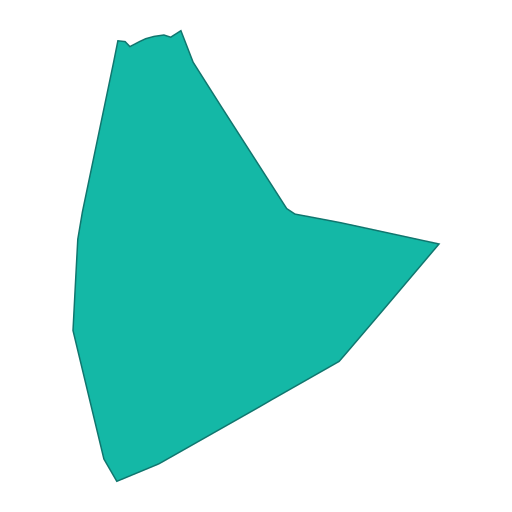 outline of São Pedro, Rio Grande do Norte, Brazil
{"feature_id": "56859067B47368884593899", "entity_name": "São Pedro", "entity_type": "district", "adm_level": 2, "iso_a3": "BRA", "parent_name": "Brazil", "parent_adm1": "Rio Grande do Norte", "projection": "orthographic", "projection_center": [-35.632, -5.887], "detail": "fine", "context": "isolated", "style": "filled", "palette": "teal", "viewbox_px": 512, "rotation_deg": 0, "n_neighbors": 0, "source": "geoboundaries", "source_scale": "gbopen_adm2", "svg_char_len": 465}
<svg xmlns="http://www.w3.org/2000/svg" viewBox="0 0 512 512"><path d="M339.1,361.4L344.5,355.2L383.6,309.4L439.0,244.0L340.6,222.7L295.0,214.1L286.7,208.6L220.8,105.9L193.1,62.2L180.9,30.7L170.7,37.2L163.9,35.0L154.1,36.4L145.7,38.7L139.7,41.5L129.9,46.6L125.1,41.6L117.9,40.8L113.6,62.3L82.4,212.0L77.8,239.2L75.5,282.5L73.0,330.5L103.9,459.0L116.8,481.3L158.9,463.8L260.9,406.0L271.7,399.7L339.1,361.4Z" fill="#14b8a6" stroke="#0f766e" stroke-width="1.5"/></svg>